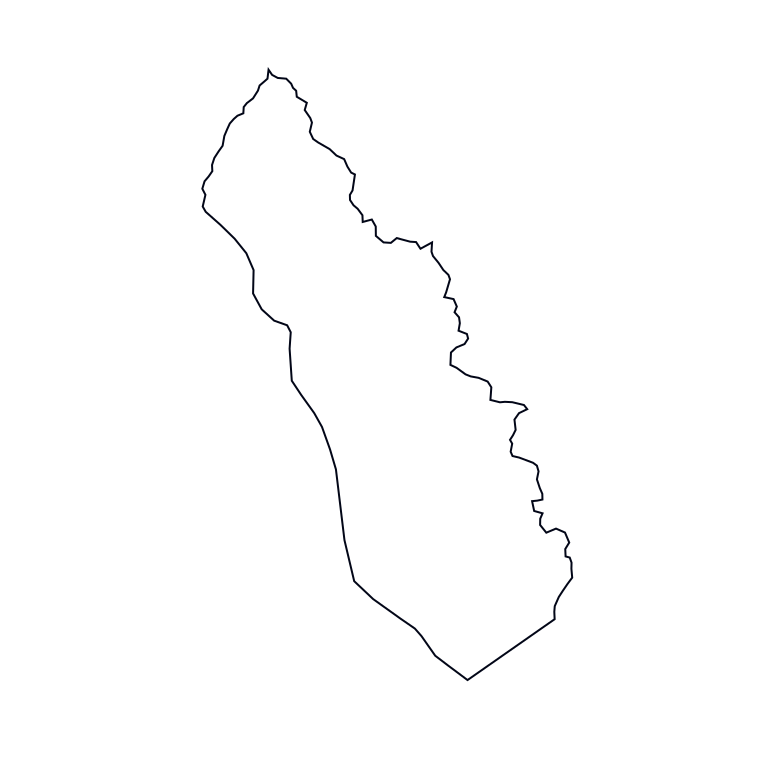 Lagoa Santa, Goiás, Brazil, rotated 213°
{"feature_id": "56859067B16528022639352", "entity_name": "Lagoa Santa", "entity_type": "district", "adm_level": 2, "iso_a3": "BRA", "parent_name": "Brazil", "parent_adm1": "Goiás", "projection": "robinson", "projection_center": [-51.261, -19.187], "detail": "fine", "context": "isolated", "style": "outline", "palette": "ink", "viewbox_px": 768, "rotation_deg": 213, "n_neighbors": 0, "source": "geoboundaries", "source_scale": "gbopen_adm2", "svg_char_len": 2086}
<svg xmlns="http://www.w3.org/2000/svg" viewBox="0 0 768 768"><g transform="rotate(213 384 384)"><path d="M652.0,584.7L648.0,576.6L649.5,571.3L650.9,566.6L649.5,561.4L649.4,552.2L652.0,544.9L652.5,539.9L649.4,534.4L653.0,529.2L654.3,524.5L655.2,518.5L654.3,512.4L653.0,505.1L649.1,495.9L649.4,489.1L649.4,481.2L647.5,474.0L643.9,469.0L644.1,462.5L644.9,456.3L642.7,448.8L636.8,445.4L632.7,434.1L627.3,431.3L607.9,428.4L588.4,424.5L570.7,418.7L555.4,408.5L543.1,388.6L527.2,380.0L510.6,377.3L497.2,380.5L490.4,376.6L482.4,362.2L463.1,336.5L447.4,329.7L426.7,321.6L412.6,314.2L402.1,306.2L393.7,299.8L377.8,286.2L332.1,231.5L301.6,202.4L275.9,197.7L242.5,196.2L224.9,195.7L215.3,193.0L193.0,184.0L177.1,182.8L152.7,181.2L112.8,279.7L117.1,285.7L119.8,290.7L121.4,300.6L121.4,308.0L121.2,316.4L120.7,324.1L126.2,331.1L129.4,336.3L133.7,339.6L137.8,338.3L142.1,344.3L142.3,351.9L151.3,358.0L161.0,356.4L166.9,347.7L176.3,350.8L179.6,356.1L180.6,361.9L188.9,359.3L196.0,366.4L191.9,369.7L188.2,373.4L191.4,378.1L196.7,381.6L203.8,387.3L206.8,394.9L211.3,398.8L216.1,399.1L230.6,395.9L237.0,393.6L240.9,396.2L244.0,403.8L247.9,405.8L247.9,411.3L248.6,417.2L255.2,425.2L254.9,433.1L250.2,440.9L255.2,442.6L266.5,438.6L272.9,434.9L276.8,431.8L286.1,428.6L289.1,434.1L292.2,439.7L298.4,442.5L308.0,440.7L315.4,437.6L320.9,436.5L332.0,437.1L338.7,436.2L345.0,446.9L343.2,454.1L338.2,461.4L338.2,467.9L341.7,471.1L350.5,469.3L353.5,476.3L357.4,480.8L363.9,482.6L365.1,488.6L371.9,493.1L380.8,489.7L381.8,494.7L385.7,507.8L389.4,510.6L396.3,511.9L404.2,515.3L412.6,518.0L416.2,520.8L420.8,528.9L427.1,517.3L434.4,520.5L439.6,517.6L452.8,513.3L455.1,506.1L461.5,502.5L471.5,503.8L476.7,511.6L483.8,515.3L490.1,508.3L494.0,513.8L501.5,516.6L506.9,517.3L512.7,519.8L515.6,524.0L515.8,529.2L522.5,543.9L526.7,543.4L533.1,546.4L539.9,550.9L548.3,549.7L557.5,551.4L570.7,550.7L576.8,550.9L583.6,555.1L586.8,564.0L590.7,566.9L599.7,570.6L601.9,577.8L613.6,577.4L617.4,582.1L621.6,582.8L625.4,585.3L632.3,586.8L639.8,582.8L646.2,582.3L652.0,584.7Z" fill="none" stroke="#020617" stroke-width="2"/></g></svg>